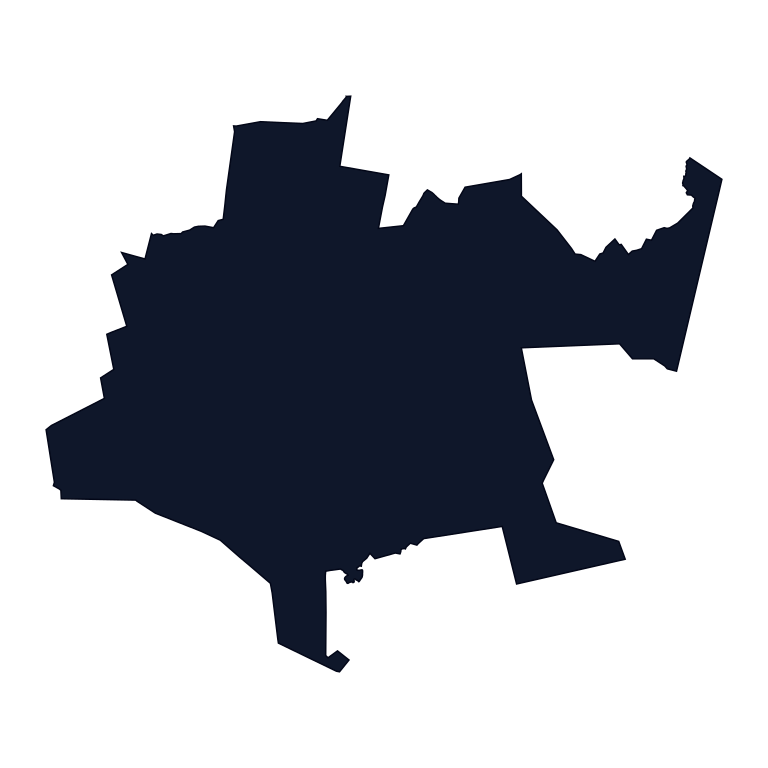 Suaqui Grande, Sonora, Mexico (orthographic projection)
{"feature_id": "50627088B38493213969100", "entity_name": "Suaqui Grande", "entity_type": "district", "adm_level": 2, "iso_a3": "MEX", "parent_name": "Mexico", "parent_adm1": "Sonora", "projection": "orthographic", "projection_center": [-109.833, 28.382], "detail": "fine", "context": "isolated", "style": "filled", "palette": "ink", "viewbox_px": 768, "rotation_deg": 0, "n_neighbors": 0, "source": "geoboundaries", "source_scale": "gbopen_adm2", "svg_char_len": 5665}
<svg xmlns="http://www.w3.org/2000/svg" viewBox="0 0 768 768"><path d="M721.9,179.3L689.9,157.9L689.4,158.9L686.9,161.1L686.4,161.6L686.3,162.4L687.0,164.2L686.7,165.5L686.1,166.1L686.7,169.2L686.0,170.5L685.9,171.8L686.3,172.9L685.8,173.7L685.8,175.2L685.4,176.1L684.7,176.3L683.8,176.3L684.0,178.3L683.5,179.8L683.2,180.4L682.9,181.9L682.6,183.0L682.9,184.2L683.2,184.6L682.9,185.6L683.8,185.9L686.5,189.0L687.7,190.6L686.3,192.7L686.4,193.0L686.5,193.2L686.6,193.3L686.7,193.5L686.8,193.6L686.8,193.8L686.9,194.0L687.0,194.1L687.2,194.3L687.3,194.4L687.4,194.5L687.5,194.7L687.5,194.8L691.5,195.1L691.8,195.4L691.9,195.5L692.0,195.7L692.1,195.8L692.3,196.0L692.5,196.1L692.7,196.3L692.9,196.5L693.1,196.8L693.3,196.9L694.6,197.9L694.7,198.0L694.9,198.1L695.0,198.3L695.0,198.5L694.9,198.9L694.8,199.2L694.7,199.5L694.6,200.0L694.6,200.3L694.6,200.5L694.5,200.9L694.5,201.2L694.5,201.4L694.4,201.6L694.2,201.9L694.1,202.1L694.0,202.3L693.8,202.6L693.7,202.9L693.6,203.1L693.5,203.3L693.4,203.6L693.3,203.9L693.2,204.4L693.0,205.0L692.9,205.3L692.8,205.6L692.8,205.8L692.8,206.3L692.8,206.6L692.8,206.9L692.9,207.0L693.0,207.3L693.0,207.6L693.1,207.8L677.7,223.1L669.6,227.9L667.0,228.4L664.2,227.7L656.6,230.3L651.5,240.2L646.4,239.2L641.6,248.7L636.6,250.3L632.2,251.1L628.4,254.5L621.2,244.4L619.2,244.9L614.9,239.0L606.0,247.3L603.1,253.0L599.8,254.0L595.0,261.3L580.8,254.6L575.1,254.1L571.5,248.5L557.1,229.9L534.3,208.4L521.4,196.2L521.3,173.8L520.0,174.7L509.6,179.5L465.1,187.2L458.9,198.1L458.8,199.8L458.7,202.0L458.3,204.2L445.1,203.2L443.5,202.1L441.4,200.8L440.1,199.9L438.9,199.0L438.1,198.3L437.4,197.7L436.9,197.3L435.9,196.2L434.9,195.4L434.5,194.9L433.5,193.9L432.0,192.6L431.6,192.3L431.0,192.0L430.6,191.8L430.1,191.5L428.6,190.6L427.4,189.9L426.4,190.8L426.1,191.2L425.8,191.5L425.6,191.6L425.4,191.8L425.2,192.0L424.8,192.4L424.2,193.0L424.0,193.3L423.8,193.6L423.3,195.0L422.7,196.2L419.4,201.6L416.4,206.9L416.1,207.1L415.6,207.3L415.0,207.6L414.6,207.7L414.2,207.9L413.9,208.1L413.5,208.4L413.2,208.7L413.0,208.9L412.7,209.3L403.4,225.7L398.9,226.2L378.4,228.4L382.5,206.9L385.1,195.5L388.8,174.9L339.8,166.3L350.7,96.2L346.7,96.4L346.2,96.3L346.3,97.1L342.9,101.1L341.9,102.6L327.3,120.3L317.5,118.7L316.7,120.0L316.3,120.6L316.2,120.9L302.8,123.5L283.2,122.7L260.5,121.7L236.2,126.1L233.6,125.9L234.6,131.7L226.5,189.6L225.8,196.1L224.9,204.9L223.2,219.3L218.2,220.6L213.6,227.7L205.0,226.1L201.9,226.2L198.4,226.3L194.4,227.1L189.7,230.1L182.6,232.0L181.2,233.6L173.6,233.8L171.0,233.5L163.3,235.9L161.3,234.5L157.0,234.0L154.1,235.0L153.4,235.4L151.5,233.6L145.0,259.0L121.6,252.5L127.9,264.4L111.6,274.9L126.8,326.3L111.2,332.4L106.8,334.3L113.8,369.4L100.6,377.9L104.4,398.4L51.4,425.5L46.1,429.7L54.4,482.3L53.4,485.7L59.4,489.0L60.9,490.3L61.3,498.7L135.8,500.1L137.0,501.2L155.4,513.2L201.5,531.4L201.9,531.6L220.3,540.2L239.6,557.1L250.2,566.0L270.4,583.3L272.2,593.0L277.8,639.0L278.4,643.1L336.4,671.2L339.5,671.8L349.0,660.0L337.5,650.9L328.0,657.8L325.7,655.5L326.0,612.7L325.8,591.9L325.3,579.8L325.3,575.6L325.5,573.2L325.7,571.2L330.7,570.3L332.5,570.1L340.6,569.0L341.2,569.5L341.6,569.7L341.9,569.9L342.2,570.0L342.5,570.1L342.8,570.3L343.2,570.7L343.5,571.0L343.7,571.3L344.1,572.0L344.4,572.4L344.7,572.6L344.9,572.7L345.2,573.0L345.5,573.1L346.4,573.7L347.2,574.1L347.5,574.3L347.7,574.6L347.9,574.8L348.0,575.0L348.1,575.3L347.9,575.4L347.6,575.4L347.3,575.5L347.2,575.6L346.9,575.8L346.5,576.1L346.1,576.3L345.8,576.6L345.5,576.9L345.2,577.2L345.0,577.5L344.7,578.0L344.6,578.4L344.6,578.8L344.6,579.1L344.7,579.5L344.9,579.8L345.4,580.5L346.1,581.3L346.5,582.0L346.7,582.5L346.9,582.9L347.2,583.2L347.4,583.3L347.8,583.3L348.1,583.3L348.5,583.0L348.9,582.8L349.5,582.4L349.8,582.3L350.1,582.2L350.5,582.1L350.8,582.1L351.2,582.0L351.6,582.0L352.0,582.0L352.3,582.0L352.6,582.2L352.8,582.4L352.9,582.6L353.1,582.6L353.3,582.5L353.6,582.4L353.8,582.3L353.9,582.1L354.1,581.9L354.1,581.7L354.2,581.3L354.2,581.2L354.1,580.7L354.0,580.4L354.0,580.0L354.0,579.4L354.1,579.2L354.4,578.9L354.6,578.9L354.8,578.9L355.1,578.9L355.3,579.0L355.6,579.2L355.9,579.6L356.0,579.8L356.3,580.0L356.5,580.1L356.9,580.2L357.1,580.3L357.4,580.4L357.6,580.5L357.9,580.7L358.2,581.1L358.3,581.3L358.5,581.5L358.8,581.7L359.0,581.6L359.3,581.3L359.4,581.1L359.5,581.0L359.7,580.7L359.8,580.5L360.0,580.3L360.1,580.0L360.3,579.7L360.7,579.2L361.0,578.8L361.2,578.5L361.5,578.1L361.7,577.8L361.8,577.6L361.9,577.4L362.0,577.2L362.2,576.9L362.2,576.5L362.3,576.1L362.5,575.1L362.5,574.5L362.5,574.0L362.5,573.4L362.5,572.8L362.6,572.5L362.6,572.2L362.6,571.6L362.6,571.3L362.6,571.2L362.6,570.9L362.5,570.7L362.5,570.3L362.4,570.2L362.2,569.9L361.8,569.9L361.6,569.9L361.3,569.9L361.0,570.0L360.8,570.0L360.4,570.1L360.0,570.2L359.2,570.3L358.9,570.3L358.7,570.3L358.4,570.3L358.2,570.3L357.9,570.3L357.7,570.3L357.6,570.2L357.3,570.1L357.2,570.0L357.0,569.9L356.9,569.8L356.8,569.7L356.7,569.5L356.7,569.3L356.7,569.1L356.8,569.0L356.8,568.8L356.9,568.5L357.0,568.3L357.1,568.0L357.1,567.8L357.2,567.6L357.3,567.3L358.4,567.0L359.3,566.0L360.0,565.9L361.3,566.2L361.4,565.3L361.7,563.4L362.1,562.5L362.6,561.6L366.7,558.2L369.9,553.3L375.0,558.7L395.3,553.0L400.0,553.9L400.3,553.2L400.8,551.5L400.9,550.0L401.6,549.0L403.0,548.7L404.7,548.6L405.4,548.9L406.2,547.1L407.4,545.9L410.3,543.2L416.9,545.1L418.2,543.6L423.7,538.6L502.2,526.4L516.6,584.0L625.2,559.2L618.7,541.4L556.2,522.8L542.2,483.2L543.7,479.9L553.7,459.7L531.5,400.0L521.3,347.8L555.8,346.4L619.6,343.8L632.5,358.8L653.8,358.8L664.7,365.9L667.3,368.8L676.5,371.2L701.4,265.9L714.6,210.2L718.0,196.0L721.9,179.3Z" fill="#0f172a" stroke="#020617" stroke-width="1.5"/></svg>